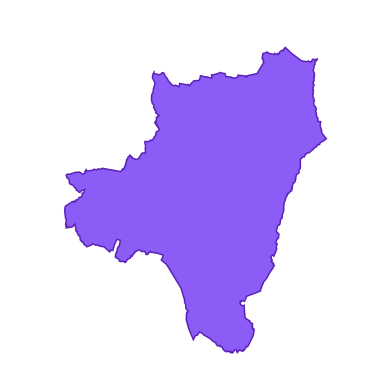 Wapi Pathum, Maha Sarakham, Thailand (Equal Earth projection), rotated 7°
{"feature_id": "78962969B74809477200097", "entity_name": "Wapi Pathum", "entity_type": "district", "adm_level": 2, "iso_a3": "THA", "parent_name": "Thailand", "parent_adm1": "Maha Sarakham", "projection": "equal_earth", "projection_center": [103.345, 15.863], "detail": "fine", "context": "isolated", "style": "filled", "palette": "violet", "viewbox_px": 384, "rotation_deg": 7, "n_neighbors": 0, "source": "geoboundaries", "source_scale": "gbopen_adm2", "svg_char_len": 5964}
<svg xmlns="http://www.w3.org/2000/svg" viewBox="0 0 384 384"><g transform="rotate(7 192 192)"><path d="M65.2,190.9L66.0,192.8L68.2,194.5L68.9,196.0L69.1,198.0L70.1,199.0L73.2,199.8L74.6,201.5L76.8,203.2L77.1,204.5L79.2,205.0L79.4,205.7L80.8,206.1L82.5,203.9L85.2,202.7L84.8,205.3L83.1,207.0L83.5,209.3L82.4,210.6L81.1,210.9L80.1,212.0L80.0,213.3L77.8,214.1L77.5,215.8L76.8,215.5L76.2,216.2L75.8,215.6L74.5,216.1L68.4,221.2L67.9,222.1L67.9,226.1L69.8,233.9L70.7,234.5L70.5,239.8L70.8,240.7L71.4,240.3L71.5,243.0L72.6,242.5L72.8,241.6L74.3,242.4L75.2,241.6L76.2,241.7L77.6,241.1L78.9,239.4L78.9,238.7L79.8,238.1L80.3,240.5L81.1,241.7L81.3,244.3L82.1,245.2L82.9,245.3L83.2,247.2L84.3,247.9L84.4,248.6L84.7,248.4L85.0,249.2L86.1,249.4L86.9,253.0L87.5,253.8L88.4,253.7L88.6,254.9L90.6,255.4L90.7,256.7L94.4,259.2L98.5,256.9L99.8,255.4L103.1,256.6L105.4,256.1L106.4,256.9L111.5,257.2L117.6,261.5L118.5,259.8L120.5,259.7L121.5,253.6L123.3,248.1L126.7,248.6L126.6,252.2L125.9,255.4L125.3,255.6L124.8,257.3L125.0,260.4L124.6,260.4L124.6,261.4L123.8,262.7L123.8,265.8L124.7,265.9L124.8,266.7L127.0,267.1L128.5,269.5L130.6,269.7L131.7,269.1L133.3,269.3L133.9,270.1L134.7,269.7L135.3,268.8L135.4,267.5L136.5,266.9L136.6,266.2L138.9,265.1L139.2,264.4L138.8,263.0L140.6,262.9L141.4,260.7L142.6,259.4L142.4,258.6L146.1,256.1L147.2,255.8L148.1,256.2L148.9,257.3L152.4,256.6L154.0,259.6L155.8,259.3L156.2,257.6L157.1,257.2L157.7,256.1L158.5,256.8L162.9,256.8L163.8,257.3L165.3,256.5L166.1,257.3L170.4,257.9L171.1,258.8L170.7,261.1L169.8,263.3L175.7,267.1L192.9,288.9L197.8,300.1L198.1,302.4L199.4,304.3L199.8,307.3L200.4,308.8L202.3,310.2L202.5,311.7L201.6,311.9L201.4,313.7L201.9,319.5L205.5,328.2L211.3,338.4L212.9,334.1L214.8,333.5L216.6,329.7L220.6,331.8L221.1,332.5L227.3,335.0L231.1,337.6L234.1,338.8L234.2,339.6L235.9,341.5L237.6,341.3L238.3,341.7L238.6,341.1L239.0,341.9L241.2,342.4L241.7,343.9L243.9,345.8L244.7,345.5L245.7,346.4L247.8,345.4L248.1,345.9L249.3,345.7L249.4,346.3L249.8,346.0L250.0,346.6L251.5,346.1L251.6,346.7L252.6,345.8L253.4,343.8L254.1,343.3L255.6,343.6L255.7,344.5L256.5,345.8L258.3,343.0L261.2,343.9L261.5,343.1L262.4,342.7L262.6,343.1L264.1,340.9L264.8,338.5L265.9,338.7L266.5,337.8L270.2,327.1L270.6,321.2L269.8,320.9L269.8,320.2L268.8,320.1L268.8,318.7L268.0,318.4L268.3,315.6L264.6,313.5L264.9,312.9L260.3,310.7L259.5,308.4L257.6,298.3L257.3,298.8L254.2,298.1L253.3,296.8L253.4,295.8L253.0,295.3L253.8,294.3L254.4,294.6L254.4,294.1L257.1,293.7L257.5,294.0L259.0,288.8L271.9,282.0L272.2,279.3L274.1,272.5L276.9,268.0L278.5,263.5L280.9,259.0L282.6,254.7L281.5,254.2L281.6,252.7L280.7,252.8L279.3,251.4L279.9,251.0L279.5,250.3L279.8,249.6L278.8,248.7L278.9,247.9L278.2,246.4L279.2,245.1L279.9,244.8L281.1,245.7L282.9,239.0L282.9,237.7L282.3,236.3L282.9,233.1L281.8,232.9L281.0,231.9L281.8,230.7L281.9,228.5L282.8,228.1L283.6,226.4L283.2,225.6L283.5,223.7L283.3,223.0L281.9,222.5L281.9,221.8L281.1,221.8L280.5,220.4L280.5,218.4L281.1,217.1L280.7,216.1L281.6,214.4L282.5,214.3L283.2,213.0L283.2,208.5L284.7,206.7L284.4,204.3L285.4,198.3L284.8,196.1L284.8,191.3L285.7,188.3L285.8,185.7L286.8,184.3L287.0,181.9L287.8,182.0L289.9,178.9L290.7,178.7L291.1,175.9L290.7,175.7L291.1,173.0L291.0,172.3L291.6,170.4L292.5,170.2L293.2,168.1L293.0,167.1L293.6,166.4L293.0,164.9L293.4,164.1L293.6,161.9L295.9,160.0L295.5,158.0L296.6,155.0L295.6,146.1L296.9,144.9L297.1,143.7L299.2,143.5L299.9,141.1L302.2,138.9L303.5,138.8L309.3,132.0L310.2,131.9L310.8,129.7L312.8,129.4L313.4,127.1L315.3,126.1L318.8,122.8L313.7,117.6L313.2,116.2L313.4,115.9L311.1,110.6L311.2,106.5L308.3,106.6L308.1,103.7L306.2,101.2L306.0,99.1L304.8,96.6L305.3,95.1L305.1,93.9L304.5,93.3L304.0,92.1L302.7,91.7L301.9,89.0L302.3,86.3L301.3,84.5L301.2,83.3L300.1,82.8L299.9,82.2L300.5,80.0L299.9,78.6L300.3,77.0L299.7,76.7L299.9,75.4L299.5,75.4L299.4,74.0L300.0,70.4L298.9,70.0L298.9,68.3L299.5,67.2L299.2,66.7L299.5,66.1L299.2,65.8L299.4,64.7L299.1,64.4L299.4,62.9L299.0,62.3L299.3,61.8L299.1,59.6L297.5,56.6L297.9,53.3L297.7,51.6L298.7,49.9L297.9,48.4L299.7,46.2L300.1,44.8L297.9,45.6L295.6,45.6L294.4,48.3L293.9,48.4L291.3,47.9L289.6,48.7L284.8,48.5L274.1,42.4L267.2,37.3L267.0,38.2L266.1,38.0L265.1,40.8L264.0,40.4L262.1,42.1L261.7,44.1L260.3,44.0L260.3,44.9L259.6,44.6L258.5,45.1L257.3,44.4L257.2,45.0L255.9,45.4L251.9,45.1L249.3,43.9L248.6,44.8L245.6,45.8L245.3,51.0L246.1,51.1L247.2,54.5L247.5,54.5L242.1,66.5L232.6,69.9L232.6,70.9L231.8,71.3L231.3,71.3L231.3,70.4L223.5,70.4L223.5,72.0L221.2,73.6L218.3,73.8L216.5,73.1L211.8,73.4L210.3,70.4L207.2,70.4L205.9,69.9L199.7,72.8L197.0,73.4L198.0,76.2L196.6,76.5L192.0,75.8L190.5,76.3L187.6,75.5L186.2,75.7L186.1,78.3L185.4,80.1L184.4,80.9L182.7,80.8L180.1,81.5L179.1,83.2L178.0,84.1L176.9,86.6L174.8,85.7L174.6,86.3L166.6,85.8L166.2,89.2L162.8,88.0L160.6,88.7L159.3,88.3L155.1,84.7L153.7,82.5L151.0,79.9L149.8,77.6L148.8,77.0L147.8,77.3L146.5,78.9L145.2,79.6L139.9,79.0L139.6,77.8L138.8,80.3L138.8,83.5L142.1,88.3L141.1,95.0L141.2,97.6L140.2,100.3L140.5,105.4L141.8,108.8L143.7,110.7L143.7,113.2L144.3,113.3L145.3,115.4L146.6,116.2L146.2,117.7L150.1,120.2L148.9,120.7L148.0,122.5L147.5,122.5L147.9,123.4L147.9,124.7L147.1,126.5L147.5,126.2L147.9,127.1L147.7,127.5L148.0,127.6L147.3,128.7L149.2,130.7L149.6,130.2L150.2,132.0L150.6,131.8L151.8,134.3L150.6,136.1L149.3,136.4L149.5,136.9L148.9,138.8L149.0,140.4L148.0,141.7L146.6,145.0L145.7,145.7L144.6,145.5L142.7,147.4L139.2,147.5L139.4,149.9L140.4,151.3L140.2,153.1L141.0,159.2L138.2,159.2L137.3,160.2L134.9,165.3L132.4,166.8L131.1,166.0L129.0,165.8L128.7,164.9L127.7,164.9L127.3,163.9L125.7,163.0L125.3,164.4L124.4,164.8L123.5,168.5L123.2,168.3L122.7,173.5L122.3,173.8L122.1,176.0L121.1,177.2L121.3,177.9L120.1,177.8L119.9,178.8L118.7,180.4L100.0,179.4L99.1,180.3L95.6,180.7L94.3,181.7L92.0,181.3L91.0,182.4L86.0,183.9L84.9,183.9L84.3,182.7L83.1,184.7L83.8,186.1L81.4,187.7L78.1,186.0L74.2,186.6L68.7,189.1L65.7,189.7L65.2,190.9Z" fill="#8b5cf6" stroke="#5b21b6" stroke-width="1.5"/></g></svg>